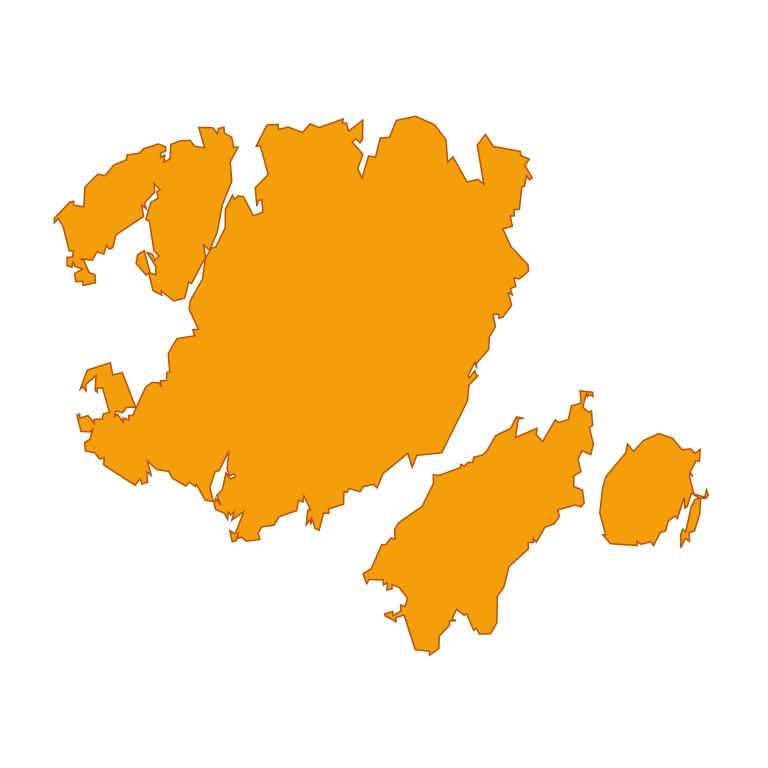 Bokn nor, Rogaland, Norway (Robinson projection), rotated 84°
{"feature_id": "86288312B12151058165586", "entity_name": "Bokn nor", "entity_type": "district", "adm_level": 2, "iso_a3": "NOR", "parent_name": "Norway", "parent_adm1": "Rogaland", "projection": "robinson", "projection_center": [5.436, 59.216], "detail": "fine", "context": "isolated", "style": "filled", "palette": "amber", "viewbox_px": 768, "rotation_deg": 84, "n_neighbors": 0, "source": "geoboundaries", "source_scale": "gbopen_adm2", "svg_char_len": 6144}
<svg xmlns="http://www.w3.org/2000/svg" viewBox="0 0 768 768"><g transform="rotate(84 384 384)"><path d="M181.5,221.0L175.6,216.0L171.0,224.2L166.9,224.1L159.2,250.4L146.4,257.0L156.3,266.3L195.8,263.8L190.3,269.2L191.8,280.4L165.3,291.6L170.2,297.5L147.8,296.8L137.8,302.7L131.3,306.7L121.1,324.6L123.1,344.1L139.2,352.8L139.0,362.0L157.5,368.8L155.6,375.5L176.9,384.4L167.0,387.6L153.5,381.0L139.9,390.4L137.0,386.4L141.8,382.6L138.6,379.9L119.3,377.4L128.8,392.9L120.4,394.1L120.2,398.3L116.2,396.8L122.1,422.0L117.5,430.2L125.3,438.8L118.4,452.5L119.9,462.3L114.7,462.2L114.1,473.3L134.2,486.3L134.4,482.1L163.6,477.3L175.3,491.5L193.9,491.9L188.5,489.9L188.0,486.2L200.4,486.5L203.0,496.3L182.9,504.2L181.6,509.7L184.9,513.6L180.4,515.0L193.8,523.5L211.9,525.6L230.5,537.2L230.6,541.3L240.5,548.6L260.7,553.6L280.7,567.9L289.1,570.0L310.2,562.9L309.9,568.5L316.2,567.2L317.3,585.3L331.2,595.4L349.8,595.9L349.7,598.6L357.8,600.2L357.5,605.8L363.7,606.0L359.5,607.2L358.1,614.2L361.9,621.2L389.0,637.2L388.7,641.3L392.9,641.5L390.5,647.0L394.6,647.1L386.1,652.4L388.0,655.2L382.9,653.7L385.3,646.8L380.4,642.5L381.1,633.4L345.2,643.1L346.7,652.8L334.2,653.9L339.2,677.7L357.3,686.5L355.4,683.7L359.7,681.0L353.5,680.8L345.8,669.5L360.2,672.0L362.3,669.9L358.2,669.8L358.5,664.3L383.6,660.0L384.3,666.3L389.4,667.8L388.9,676.1L393.0,676.2L384.5,681.6L386.1,690.0L382.0,689.9L382.8,692.7L399.5,690.3L401.1,680.6L397.1,677.7L408.2,682.2L411.0,687.8L419.3,688.0L422.2,678.8L428.9,674.7L428.2,670.1L435.2,671.2L458.7,642.2L452.8,636.4L458.3,635.2L457.0,629.4L446.5,629.2L450.6,625.1L435.7,627.3L445.2,619.3L448.5,607.3L455.4,604.4L464.8,591.8L461.2,587.5L466.4,582.4L464.1,581.0L480.7,574.0L483.2,566.0L468.6,568.0L453.7,561.2L452.7,556.9L434.3,545.2L451.9,548.9L458.9,547.5L457.8,542.6L460.6,541.4L462.3,546.6L455.8,550.5L472.0,555.7L477.5,562.1L487.5,558.9L480.2,563.4L485.7,565.4L491.3,564.6L495.8,556.3L502.2,553.7L495.0,552.1L498.2,550.2L495.6,546.2L503.5,549.6L496.3,536.8L517.4,547.6L513.7,552.6L525.1,551.5L524.3,547.3L516.2,544.3L522.3,545.9L521.5,541.7L525.9,537.6L525.6,523.7L519.3,524.9L513.3,520.6L513.0,508.1L505.0,502.3L500.8,484.1L490.7,481.1L493.0,477.0L486.8,475.4L501.6,470.2L501.5,473.0L515.8,476.1L509.9,470.4L516.0,472.0L512.0,469.1L520.4,467.9L522.7,463.8L506.4,457.8L506.7,452.3L502.6,452.2L499.3,436.8L487.0,435.1L488.1,432.3L484.2,429.4L488.7,419.1L483.9,415.2L482.7,404.8L486.7,401.7L473.1,394.5L455.4,367.6L469.7,364.7L458.4,358.8L458.5,333.8L409.6,302.8L394.0,299.7L385.0,289.0L386.5,291.0L380.2,292.2L386.7,298.5L384.4,299.4L371.8,291.3L378.4,290.1L373.2,290.0L360.8,276.4L348.6,274.4L338.6,267.2L326.2,268.3L326.5,262.8L330.6,262.9L329.8,258.7L318.9,248.7L306.4,251.1L308.7,247.0L302.4,248.3L300.6,242.7L292.2,243.8L293.6,238.3L286.9,228.4L280.6,228.3L261.2,243.1L242.2,249.6L240.6,239.8L230.2,240.9L230.4,236.8L224.2,236.6L224.5,231.1L202.0,226.3L202.1,223.6L191.9,220.5L196.2,217.9L194.3,215.0L181.5,221.0ZM418.2,177.4L414.0,177.3L411.3,189.7L423.7,190.0L425.2,199.8L438.5,204.3L440.6,214.0L437.6,217.5L457.8,232.2L450.1,238.0L444.0,236.4L451.0,258.9L432.6,254.2L432.9,248.7L430.5,255.6L441.5,262.8L446.9,278.2L460.8,288.3L464.7,292.6L466.3,302.4L471.4,303.9L470.7,308.7L474.1,312.6L471.9,315.9L475.3,317.3L480.7,339.1L479.4,344.4L488.2,345.3L509.8,359.0L523.5,383.8L529.8,388.7L539.2,389.1L537.9,393.2L543.8,398.9L543.6,403.1L566.7,416.2L570.4,424.6L580.9,422.1L576.9,419.2L578.7,405.4L583.9,405.5L582.0,401.3L589.2,402.8L588.5,397.3L584.3,397.1L587.8,390.3L599.6,382.9L607.7,386.6L605.4,390.7L611.6,390.9L615.3,399.3L611.2,399.2L612.8,407.6L614.9,407.0L621.7,396.7L617.5,396.6L615.9,388.2L651.5,380.7L654.4,366.9L658.5,367.0L652.9,357.1L640.5,355.4L630.8,344.0L626.7,343.9L627.0,337.0L624.7,341.1L615.7,335.3L622.3,328.5L621.4,325.7L638.3,320.6L636.4,317.8L642.8,315.1L643.4,304.0L633.4,296.8L606.7,293.4L598.8,286.2L578.5,278.7L563.0,257.5L556.8,257.3L557.1,251.8L553.0,251.7L557.3,249.0L543.3,238.9L540.8,229.1L533.8,223.4L527.5,224.6L524.3,206.6L526.9,200.9L523.0,197.3L510.4,197.7L505.8,206.0L495.4,205.0L491.7,197.3L479.2,199.0L471.2,194.0L475.8,185.7L465.6,182.0L448.9,184.4L447.0,180.8L432.5,180.5L433.4,183.3L427.9,188.7L414.4,183.7L417.9,182.9L415.9,181.5L418.2,177.4ZM147.2,513.7L133.2,504.4L133.0,508.5L122.6,509.7L118.0,516.5L111.8,516.4L112.6,521.9L117.7,523.5L111.2,527.5L109.5,541.4L130.4,537.7L127.8,547.4L121.4,551.4L120.8,561.1L123.4,570.9L137.8,573.3L140.5,579.7L133.4,578.1L135.2,582.3L131.1,582.2L129.3,576.6L125.2,576.5L121.7,583.4L125.0,598.8L128.9,603.0L129.3,615.6L134.4,617.1L137.9,629.7L147.7,639.7L145.3,646.6L156.9,660.8L176.4,664.0L173.8,673.7L169.7,673.6L170.5,677.8L185.1,694.8L189.2,694.9L185.3,690.7L193.8,686.7L218.8,683.1L219.1,679.0L225.2,680.5L224.9,686.0L233.1,686.9L235.4,682.1L229.3,680.6L234.6,679.3L238.1,671.8L241.8,680.2L250.1,679.7L250.4,672.8L254.6,672.9L253.2,660.3L244.9,660.1L242.5,665.6L229.9,669.5L227.6,673.6L230.4,661.1L222.4,655.4L225.5,649.0L216.9,645.5L221.1,643.1L220.1,639.5L207.7,635.0L192.3,605.7L180.8,606.1L185.1,602.0L178.9,603.3L169.1,591.9L160.9,591.7L167.4,586.3L169.2,589.8L175.5,589.3L179.2,597.0L195.4,603.7L197.7,600.3L227.7,598.9L233.2,594.2L237.1,599.1L230.8,600.4L228.4,605.9L243.3,598.6L251.5,599.5L249.2,605.0L226.2,608.6L230.0,615.6L238.1,617.9L251.0,609.2L249.1,606.4L266.8,604.0L272.4,595.8L268.3,595.7L279.5,584.3L277.7,573.1L262.0,567.6L264.0,565.0L239.1,548.1L226.8,548.9L232.8,543.5L215.9,534.1L189.4,526.2L166.5,514.2L147.2,513.7ZM493.8,78.3L482.1,76.4L485.3,81.8L480.6,85.8L480.4,94.6L468.1,102.8L462.0,115.8L467.2,131.8L477.1,142.9L469.0,148.2L477.7,150.7L499.3,173.0L509.9,177.3L534.8,182.9L557.0,179.4L556.8,182.2L566.5,175.5L571.1,149.1L567.0,149.0L570.3,145.0L568.8,135.2L572.9,132.9L560.4,124.6L559.7,119.4L550.2,115.7L545.6,108.2L548.3,106.3L528.3,97.3L538.9,97.7L537.5,95.2L524.9,89.7L530.8,81.8L531.2,86.6L538.2,91.3L562.7,99.5L559.6,102.1L564.5,104.5L578.0,105.9L569.2,100.6L572.4,96.6L563.7,96.1L562.6,90.6L546.6,83.7L530.9,81.0L531.3,75.6L528.2,73.1L523.1,74.4L530.0,76.8L525.8,87.3L508.0,89.8L505.0,89.3L508.6,86.3L503.8,89.0L492.9,81.6L493.8,78.3Z" fill="#f59e0b" stroke="#b45309" stroke-width="1.5"/></g></svg>